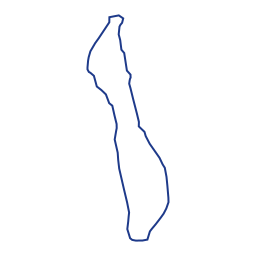 the district of Siis, Federated States of Micronesia
{"feature_id": "79324940B47551449537105", "entity_name": "Siis", "entity_type": "district", "adm_level": 2, "iso_a3": "FSM", "parent_name": "Federated States of Micronesia", "parent_adm1": "", "projection": "natural_earth1", "projection_center": [151.824, 7.299], "detail": "fine", "context": "isolated", "style": "outline", "palette": "blue", "viewbox_px": 256, "rotation_deg": 0, "n_neighbors": 0, "source": "geoboundaries", "source_scale": "gbopen_adm2", "svg_char_len": 960}
<svg xmlns="http://www.w3.org/2000/svg" viewBox="0 0 256 256"><path d="M114.7,139.5L117.7,152.7L118.2,160.0L119.2,168.6L123.9,189.0L127.1,202.4L129.1,212.5L128.6,217.1L128.2,221.7L127.3,229.1L130.1,238.2L132.2,239.9L135.8,240.6L142.6,240.5L147.4,239.6L149.9,231.4L151.8,228.9L155.8,224.1L160.5,218.0L163.6,213.7L166.3,208.5L168.5,202.2L168.4,197.9L167.4,186.0L166.5,176.9L164.8,167.8L162.7,164.5L159.5,157.8L149.7,143.8L145.7,136.1L144.5,131.9L138.8,126.4L138.9,121.9L136.9,113.6L133.1,98.9L130.5,88.3L129.2,83.7L129.6,80.8L130.0,78.9L130.6,77.6L130.5,74.6L126.9,70.6L124.2,53.0L121.4,49.7L120.2,40.1L118.7,34.4L119.5,26.6L120.5,24.7L122.1,22.8L123.2,18.4L118.8,15.4L109.4,17.2L109.3,22.3L98.6,38.4L95.2,43.1L90.4,51.3L88.7,57.2L88.1,60.6L87.5,67.5L87.5,69.4L88.8,71.9L90.4,72.8L93.9,75.8L96.8,86.5L101.3,90.0L105.9,94.4L109.2,103.2L112.3,105.7L114.5,115.5L116.6,124.0L116.7,128.1L116.1,131.2L114.7,139.5Z" fill="none" stroke="#1e3a8a" stroke-width="2"/></svg>